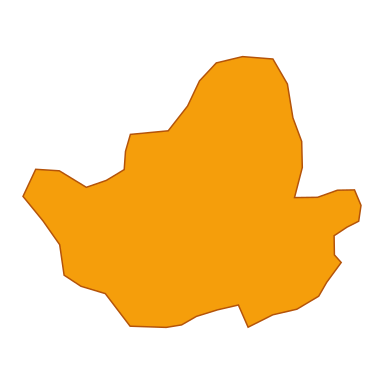 map outline of Seoul (Mercator projection)
{"feature_id": "KOR-2497", "entity_name": "Seoul", "entity_type": "Capital Metropolitan City", "adm_level": 1, "iso_a3": "KOR", "parent_name": "South Korea", "parent_adm1": "", "projection": "mercator", "projection_center": [127.023, 37.556], "detail": "fine", "context": "isolated", "style": "filled", "palette": "amber", "viewbox_px": 384, "rotation_deg": 0, "n_neighbors": 0, "source": "natural_earth", "source_scale": "10m", "svg_char_len": 658}
<svg xmlns="http://www.w3.org/2000/svg" viewBox="0 0 384 384"><path d="M242.6,56.6L272.9,59.0L287.4,84.0L292.9,117.8L301.7,141.5L302.3,167.5L294.5,197.6L317.6,197.3L337.4,190.2L354.5,189.9L361.0,205.4L358.7,221.2L346.9,227.2L334.1,235.7L334.4,254.9L341.2,262.5L326.7,282.3L318.7,296.2L296.9,309.2L272.8,314.8L248.1,327.2L238.4,305.0L217.3,309.9L196.4,316.4L181.6,324.9L166.2,327.4L130.1,326.2L105.3,293.6L81.0,286.3L64.1,275.2L59.7,244.7L43.0,220.9L23.0,196.4L35.7,169.3L59.3,170.8L86.3,187.3L106.3,180.4L124.2,169.6L125.5,151.3L130.4,134.4L168.2,130.8L187.6,106.0L199.5,80.9L216.3,62.9L242.6,56.6Z" fill="#f59e0b" stroke="#b45309" stroke-width="1.5"/></svg>